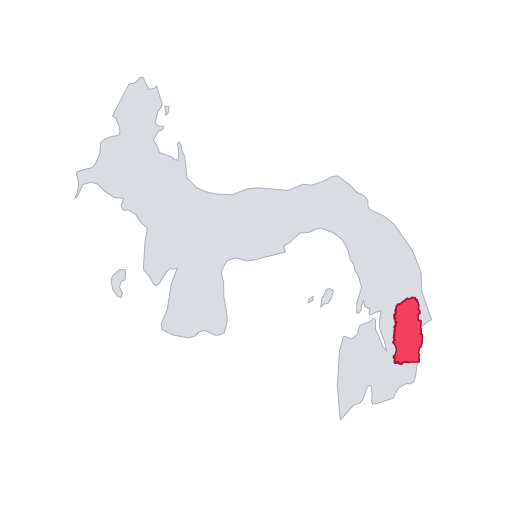 Cémaco, Emberá, Panama shown in context, rotated 27°
{"feature_id": "35544464B97787935745550", "entity_name": "Cémaco", "entity_type": "district", "adm_level": 2, "iso_a3": "PAN", "parent_name": "Panama", "parent_adm1": "Emberá", "projection": "equal_earth", "projection_center": [-77.717, 8.422], "detail": "fine", "context": "in_parent", "style": "filled", "palette": "rose", "viewbox_px": 512, "rotation_deg": 27, "n_neighbors": 0, "source": "geoboundaries", "source_scale": "gbopen_adm2", "svg_char_len": 8609}
<svg xmlns="http://www.w3.org/2000/svg" viewBox="0 0 512 512"><g transform="rotate(27 256 256)"><path d="M441.5,233.2L440.2,234.4L436.5,241.6L434.4,247.7L439.2,254.2L440.7,261.1L443.4,268.6L447.7,276.2L452.5,290.1L453.6,295.7L452.2,299.4L447.7,301.6L443.4,308.2L442.3,316.1L443.1,320.1L430.4,332.8L427.1,335.0L424.9,333.0L422.2,326.6L419.0,321.4L417.2,319.6L416.2,319.5L415.2,320.7L414.7,323.5L416.4,335.5L415.0,340.4L410.7,344.1L405.8,363.6L403.8,361.1L387.5,334.9L373.4,302.4L370.5,287.7L374.2,286.8L377.7,287.1L379.6,284.9L381.8,280.6L380.0,270.6L386.9,263.1L389.5,258.0L391.4,258.6L395.8,267.2L402.4,272.2L410.3,279.4L415.3,281.1L409.0,273.5L398.2,263.5L395.2,257.0L392.3,247.9L388.1,251.8L386.2,255.1L384.0,257.0L382.1,254.8L381.7,251.8L375.4,251.3L373.7,248.6L372.0,247.1L372.8,252.8L374.1,256.3L373.4,260.5L371.3,260.8L369.5,256.4L367.3,252.5L364.3,235.9L357.0,228.1L353.7,225.5L351.0,224.5L347.0,219.2L341.7,216.4L334.4,208.2L325.5,202.3L314.7,200.2L301.5,201.5L297.1,204.7L294.0,208.9L292.6,210.8L284.8,215.6L281.9,222.5L280.0,228.3L276.1,234.9L280.5,238.9L255.0,261.3L250.0,264.6L238.6,266.9L235.9,269.3L232.4,273.7L231.9,280.5L232.5,286.2L235.8,290.6L238.7,293.4L245.8,306.8L258.3,323.6L260.7,329.8L262.6,338.9L258.8,343.2L255.9,345.0L243.9,345.7L239.8,349.3L238.1,354.9L233.6,359.4L218.1,364.0L206.0,364.5L202.2,359.2L201.4,344.6L193.3,319.6L191.4,302.4L189.3,304.5L185.0,306.5L183.5,310.8L182.4,323.5L180.8,327.8L177.4,327.4L170.6,322.9L161.5,318.7L149.9,291.8L148.7,286.7L146.4,280.7L137.5,278.1L129.8,273.6L121.4,272.9L117.2,275.5L112.8,272.2L112.1,264.8L103.3,268.1L92.0,267.0L82.0,263.8L75.1,265.5L69.3,270.8L70.0,284.2L68.3,286.8L68.1,281.3L66.1,275.0L63.7,269.8L58.7,264.4L58.4,262.4L60.5,259.7L69.7,251.8L70.9,248.6L71.0,241.8L70.2,235.3L66.1,225.7L68.5,219.8L73.2,215.0L78.1,211.3L79.0,209.7L78.1,206.4L75.3,202.9L68.6,196.9L64.6,196.5L64.6,179.3L64.9,161.1L65.9,159.3L68.3,158.2L70.3,155.4L71.4,150.0L74.3,148.1L79.6,152.3L84.9,155.9L87.1,154.7L88.8,152.9L90.0,151.1L90.4,149.5L94.6,154.3L103.4,163.0L103.9,167.2L103.0,171.3L105.4,182.9L109.9,184.6L114.5,182.4L115.6,184.5L114.8,186.7L112.4,189.1L111.8,199.1L119.3,203.8L123.0,207.9L135.4,206.0L140.0,207.1L143.1,205.9L139.7,197.9L135.1,191.9L135.5,189.2L139.0,191.2L141.7,195.3L147.8,200.3L159.0,217.8L171.9,222.0L182.1,221.5L191.7,219.1L206.9,212.3L217.9,200.0L226.7,194.5L255.1,182.9L265.3,170.7L269.5,169.1L273.6,167.6L282.5,158.3L287.3,151.1L292.4,147.5L307.4,150.1L317.1,153.5L323.9,153.1L330.3,155.5L333.1,160.7L336.1,163.0L351.9,162.4L365.0,165.0L393.5,180.5L410.5,195.8L419.6,212.1L441.5,233.2ZM154.6,354.2L150.9,354.6L143.3,350.7L137.8,343.2L137.3,340.7L137.5,338.2L140.5,330.5L144.6,327.8L146.2,327.8L150.1,336.7L147.4,340.2L148.4,345.7L153.9,349.8L154.6,354.2ZM338.2,268.2L336.9,272.1L333.7,263.5L334.2,261.2L334.0,253.5L337.0,251.4L339.2,251.2L341.1,252.3L342.2,261.5L341.3,265.6L338.2,268.2ZM112.6,167.3L111.9,171.6L106.7,163.9L109.8,162.7L110.9,162.8L112.6,167.3ZM326.9,270.0L323.8,274.1L322.7,270.2L324.8,266.3L325.5,266.2L326.9,270.0Z" fill="#d9dde1" stroke="#a8b0b8" stroke-width="1"/><path d="M418.9,221.9L418.7,222.1L418.2,221.8L417.9,221.9L417.8,222.1L417.7,221.6L417.5,221.3L417.2,221.2L416.8,220.9L416.3,221.4L416.0,221.2L415.9,221.3L415.0,221.6L415.1,221.9L415.0,222.1L414.6,222.0L414.4,221.8L414.3,222.0L413.8,222.5L413.4,223.0L413.2,222.9L413.2,223.2L413.0,223.6L412.9,224.1L412.5,224.7L412.1,224.9L411.8,224.8L411.2,225.4L411.0,225.2L410.4,225.4L410.3,225.2L410.2,225.5L409.8,225.8L409.5,225.6L409.2,226.1L409.3,226.7L409.0,227.3L408.9,227.3L409.0,227.9L408.9,228.3L409.0,228.4L408.7,228.6L408.3,228.7L408.3,229.0L408.1,229.3L408.0,229.2L407.9,229.6L408.0,229.7L407.5,230.0L407.1,230.6L407.1,231.1L406.7,231.7L406.8,232.0L406.8,232.6L406.6,232.6L406.5,232.9L406.4,232.9L406.2,233.1L405.9,233.3L405.9,233.7L405.9,233.8L405.8,233.7L405.7,233.8L405.4,233.8L405.3,234.1L405.1,233.9L405.0,234.0L404.5,234.1L404.5,234.4L404.4,234.6L404.4,234.9L403.9,235.6L404.0,236.0L403.9,236.4L404.2,236.6L403.8,237.2L403.9,237.3L404.1,237.2L404.2,237.7L404.2,238.0L404.1,238.3L404.2,238.5L404.5,238.5L404.6,239.5L404.8,239.7L404.5,239.8L404.4,239.6L404.4,240.0L404.8,240.2L404.6,240.3L404.7,240.5L404.9,240.6L404.7,241.1L405.3,241.2L405.4,241.8L405.3,242.0L405.2,241.9L405.1,242.1L405.4,242.4L405.7,242.0L405.6,242.3L405.4,242.4L405.5,242.6L405.8,242.5L406.1,242.3L406.1,241.8L406.3,241.8L406.3,242.0L406.2,242.4L406.4,242.6L406.3,242.8L406.4,243.0L406.2,243.7L406.4,244.2L406.9,244.2L406.7,244.8L406.4,244.7L406.5,245.0L406.4,245.1L406.1,245.1L406.1,245.6L406.5,245.7L406.4,245.9L405.9,245.9L405.7,245.4L405.5,245.7L405.5,246.0L406.1,246.3L406.0,246.6L406.3,246.2L406.5,246.3L406.4,246.7L406.4,246.9L406.5,246.9L406.6,246.7L406.8,246.7L407.0,247.4L406.7,247.4L406.6,247.6L407.0,248.0L407.1,247.8L407.4,247.9L407.1,248.4L407.2,248.5L407.6,248.4L407.6,248.2L407.8,248.2L408.1,248.3L408.1,247.9L408.3,247.8L408.6,247.9L408.8,248.5L408.6,249.2L408.7,249.4L408.5,249.5L408.3,249.3L408.2,249.5L408.3,249.7L408.7,250.0L409.1,250.2L408.7,250.5L409.3,250.4L409.4,250.6L409.6,250.5L409.9,250.5L410.1,250.7L410.2,251.7L410.6,251.3L410.7,251.0L410.9,251.2L411.1,251.1L411.1,251.3L411.4,251.2L411.6,251.4L411.6,251.6L411.6,252.1L411.2,252.2L410.9,252.4L411.0,252.5L411.5,252.4L411.8,253.3L411.7,253.9L412.2,254.2L412.2,254.4L412.0,255.0L411.7,255.0L411.3,255.4L411.1,255.3L411.1,255.9L411.2,256.1L411.4,256.1L411.7,255.7L411.9,255.8L411.9,256.4L411.4,256.5L411.5,257.1L411.8,257.2L412.2,257.1L412.2,256.8L412.2,256.1L412.3,256.0L412.6,256.9L412.7,257.7L413.0,257.5L413.3,257.7L413.3,258.1L413.0,258.4L413.4,259.1L413.8,259.4L413.6,259.7L413.8,260.0L413.7,260.2L413.2,260.0L413.6,260.9L413.6,261.4L413.7,261.5L413.7,261.1L413.9,261.0L414.0,261.1L413.9,261.4L414.1,261.5L414.5,261.3L414.7,261.7L414.4,262.0L414.5,262.7L414.4,263.3L414.9,263.5L415.2,263.9L415.6,263.7L415.6,264.5L415.2,264.1L414.8,264.5L414.8,264.9L415.1,265.2L415.1,264.8L415.2,264.7L415.7,265.2L415.7,265.4L415.5,266.0L416.1,265.9L416.0,266.8L416.3,267.0L416.5,267.4L416.9,267.6L417.7,267.4L418.0,267.5L417.4,268.8L417.5,269.6L417.8,269.4L418.1,269.9L417.6,270.1L417.1,269.8L417.2,271.0L418.0,271.2L418.5,271.0L419.5,271.8L421.7,273.3L424.1,276.4L424.2,276.7L424.2,277.3L424.7,280.5L424.8,280.8L424.5,281.8L425.0,281.6L425.1,281.9L425.0,282.1L424.6,282.2L424.1,282.4L424.2,282.8L424.2,283.2L424.4,283.1L424.5,283.5L424.8,283.5L425.0,283.6L425.0,283.8L424.9,284.1L425.0,284.4L425.3,284.2L425.6,283.9L426.0,283.9L426.2,284.1L426.4,284.6L426.4,285.0L426.5,285.3L426.9,285.4L427.1,285.5L427.2,286.1L427.0,286.3L426.9,286.0L426.7,285.9L426.6,286.3L427.2,286.6L427.3,287.0L427.9,287.6L427.8,287.9L427.9,287.7L428.1,287.8L428.0,288.0L427.9,288.1L428.0,288.1L428.3,288.4L428.3,288.5L428.5,288.5L428.7,287.9L428.6,287.7L429.0,287.4L429.1,287.7L429.0,287.9L429.3,288.0L429.4,287.9L429.2,287.5L429.6,287.6L429.7,287.0L429.6,286.7L429.8,286.7L430.0,286.4L430.2,287.0L430.5,287.0L430.5,286.5L430.6,286.4L430.5,286.1L430.8,286.2L430.8,286.3L430.7,286.3L430.8,286.6L431.2,286.2L431.3,285.9L431.5,286.0L431.6,285.8L431.8,285.9L431.9,286.0L432.0,286.2L431.8,286.3L431.8,286.8L432.1,286.8L432.1,287.1L432.3,287.1L432.4,286.2L432.6,286.1L432.8,286.0L433.3,286.1L433.6,286.1L433.8,286.6L434.7,286.6L434.8,286.0L435.2,285.5L435.4,284.5L435.1,284.3L435.3,283.9L435.5,283.6L436.2,283.2L436.4,283.2L436.7,282.8L437.0,282.7L437.1,282.2L437.4,282.1L437.5,282.3L437.7,282.2L438.0,282.5L438.2,282.0L438.6,281.5L438.8,281.6L438.8,282.0L439.1,282.0L440.0,281.5L440.6,281.6L441.4,280.6L449.5,276.3L449.3,275.7L448.7,274.7L448.5,274.0L448.1,273.3L447.7,273.0L447.3,272.9L447.0,272.6L446.7,270.1L446.5,269.8L446.3,269.5L445.4,269.2L445.0,268.7L444.7,268.0L444.3,266.7L443.7,265.4L443.6,264.7L443.7,263.4L444.1,262.2L444.3,261.5L444.2,261.1L443.7,260.0L443.6,258.6L443.2,257.9L443.0,257.1L442.2,255.1L441.3,253.8L441.1,252.8L440.2,250.9L439.8,250.5L438.5,250.2L437.5,251.0L437.2,251.2L437.6,250.8L437.9,250.2L438.0,249.5L437.9,249.0L437.2,247.7L436.3,246.5L436.3,246.0L435.4,245.2L434.8,244.4L434.2,242.5L433.6,241.1L433.1,239.7L432.7,239.0L431.9,238.8L431.6,238.8L430.9,239.2L430.2,239.5L429.0,238.4L428.4,237.1L427.4,235.5L427.3,235.0L427.3,234.6L427.4,234.0L427.7,233.2L428.1,232.6L427.7,231.5L427.3,231.1L427.1,231.1L426.4,230.5L426.3,230.1L425.3,229.8L425.0,229.9L424.8,229.9L424.7,229.4L424.4,228.8L424.3,228.2L424.1,227.9L424.0,227.6L423.7,227.2L423.8,226.7L423.4,225.7L423.2,225.6L422.9,225.6L422.4,225.2L422.3,224.8L421.9,224.0L421.3,223.7L420.8,223.1L420.4,223.7L419.9,223.6L419.6,223.2L419.5,222.7L419.3,222.5L419.5,222.0L418.9,221.9Z" fill="#f43f5e" stroke="#9f1239" stroke-width="1.5"/></g></svg>